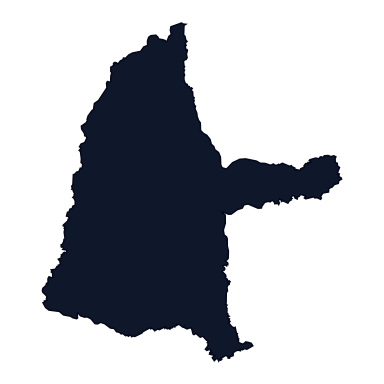 the district of Muembe, Niassa, Mozambique
{"feature_id": "85939544B2234925194697", "entity_name": "Muembe", "entity_type": "district", "adm_level": 2, "iso_a3": "MOZ", "parent_name": "Mozambique", "parent_adm1": "Niassa", "projection": "albers", "projection_center": [35.883, -12.778], "detail": "fine", "context": "isolated", "style": "filled", "palette": "ink", "viewbox_px": 384, "rotation_deg": 0, "n_neighbors": 0, "source": "geoboundaries", "source_scale": "gbopen_adm2", "svg_char_len": 5926}
<svg xmlns="http://www.w3.org/2000/svg" viewBox="0 0 384 384"><path d="M194.0,334.6L195.9,333.4L200.2,337.2L202.9,336.2L206.3,340.0L208.2,341.0L207.3,342.6L208.1,342.9L207.9,345.9L205.4,349.2L206.8,350.4L209.9,349.4L210.8,350.6L210.5,351.6L211.5,352.3L209.8,352.7L209.5,354.1L214.8,355.5L212.3,357.7L214.3,360.7L216.3,358.6L217.7,358.7L218.7,361.0L219.3,359.9L220.7,360.2L221.7,359.4L221.1,358.3L225.4,355.5L227.5,356.1L228.2,358.1L229.6,358.1L230.0,356.6L233.1,355.7L233.2,352.7L235.7,350.9L238.1,350.2L240.3,350.7L240.3,349.4L242.4,349.8L244.5,348.6L246.8,349.2L252.8,345.8L251.2,343.3L247.7,342.2L246.7,342.7L246.0,341.8L243.1,344.2L239.2,342.9L238.2,341.3L238.6,340.2L237.9,339.9L238.6,338.7L237.1,337.3L237.7,336.7L236.9,334.2L237.3,333.6L236.4,333.1L235.1,327.3L234.1,328.0L231.9,326.7L228.8,323.2L230.0,321.4L228.8,320.3L229.5,319.0L227.7,317.8L228.1,316.5L229.0,316.2L227.8,315.4L227.9,314.0L226.8,313.1L227.0,308.3L225.9,306.5L227.0,305.1L225.3,304.2L226.1,303.3L226.3,292.7L227.5,290.9L226.9,287.2L228.2,284.5L229.2,284.4L229.2,282.8L230.1,281.7L229.1,280.8L227.6,281.8L227.3,279.3L225.3,277.9L225.9,276.6L225.5,274.9L222.4,271.7L223.0,270.3L224.1,270.2L224.8,269.1L224.2,267.4L223.1,267.0L223.0,265.5L225.2,265.0L226.5,265.8L226.5,264.7L227.8,264.8L227.8,263.1L225.2,260.7L227.4,259.5L228.2,258.2L228.4,250.9L227.3,246.3L227.2,238.8L226.5,236.8L224.1,235.0L223.3,230.0L225.3,223.2L225.2,215.1L221.9,212.7L222.1,211.7L228.5,214.2L231.2,214.1L237.4,209.6L242.2,208.1L244.0,204.8L248.1,204.0L258.0,208.2L261.4,208.0L261.9,206.2L264.7,202.3L267.9,201.4L270.3,201.8L272.1,200.1L274.6,202.3L274.7,203.7L278.0,203.5L278.7,204.5L279.3,203.0L278.3,200.5L279.7,198.9L280.6,199.9L281.9,199.8L281.6,201.4L282.9,200.8L287.9,203.1L289.3,200.9L291.2,199.9L290.8,199.2L292.0,198.5L290.9,197.6L292.2,195.8L294.4,195.8L295.0,197.9L297.1,199.0L297.6,196.9L299.2,196.3L300.6,194.3L305.0,195.8L305.4,196.6L304.4,197.9L305.7,198.8L313.8,196.8L314.8,197.9L317.2,197.7L320.6,199.3L321.4,198.1L320.6,196.6L322.2,193.9L323.3,192.9L328.5,192.0L328.8,188.4L332.2,187.0L334.3,184.5L338.2,183.4L338.9,180.6L341.6,179.1L341.0,177.7L338.7,176.7L339.0,176.0L337.8,174.6L338.4,174.2L339.0,174.8L339.3,174.0L337.9,173.4L337.6,172.3L339.5,167.5L337.5,165.9L337.2,163.2L335.9,162.9L335.2,161.6L335.1,158.4L335.9,156.9L334.0,155.8L330.8,156.6L328.1,155.5L324.3,155.8L323.1,157.4L320.9,156.8L320.0,157.2L319.4,158.7L315.5,158.1L309.8,159.8L309.3,160.5L310.9,161.6L310.6,162.5L307.9,162.5L307.5,163.9L305.8,163.5L304.1,165.6L304.3,167.2L300.8,168.7L299.9,170.5L296.5,169.6L295.0,170.0L294.9,168.1L291.9,166.7L291.4,165.7L289.6,166.3L282.3,163.3L279.5,164.9L278.4,164.3L277.5,165.2L274.9,165.3L273.4,164.0L270.7,165.3L264.9,163.4L260.3,163.3L256.4,161.1L245.7,158.9L239.8,159.3L232.6,162.7L226.5,169.1L222.0,167.7L220.7,164.8L220.4,157.1L218.5,152.5L214.9,149.8L213.7,146.4L211.3,144.3L210.0,139.4L206.7,135.2L203.5,133.5L200.5,130.4L200.3,122.8L198.5,120.4L197.1,116.4L196.8,113.3L194.9,108.5L195.5,106.2L194.3,105.0L193.5,102.0L194.2,100.7L193.5,99.2L194.2,97.8L192.9,96.6L192.6,91.8L191.6,91.5L191.5,89.4L192.2,88.5L191.5,87.8L189.9,88.4L189.3,86.6L187.1,85.8L187.2,84.4L185.3,83.6L184.0,80.0L183.9,76.6L184.6,75.3L183.7,72.2L184.5,70.0L183.5,69.1L184.6,66.6L183.9,65.4L183.5,61.3L184.6,59.8L186.1,59.5L187.1,57.6L186.4,54.1L187.4,50.4L186.9,49.5L185.6,49.3L185.4,46.9L184.6,46.2L184.8,45.4L186.1,45.4L185.3,43.1L187.0,41.3L185.8,40.3L185.0,36.4L183.6,34.9L184.0,25.4L185.7,24.3L182.9,24.0L181.6,23.0L170.9,26.8L170.4,30.3L171.3,34.5L169.0,36.3L167.1,41.2L165.8,41.5L165.1,40.5L162.8,39.7L158.6,39.0L157.9,37.1L155.8,35.2L150.8,35.7L148.7,37.3L147.5,40.8L147.6,45.5L143.8,46.9L140.6,51.4L132.6,53.0L128.9,54.9L125.4,58.4L123.5,58.0L122.9,59.7L120.4,60.9L118.1,63.9L115.8,62.5L114.2,62.6L113.4,64.0L114.3,65.1L110.8,67.2L110.8,71.5L111.8,72.7L110.9,75.8L110.7,81.2L109.6,82.4L107.8,81.5L107.1,81.9L106.5,83.3L107.0,87.7L98.6,100.5L94.4,103.5L93.5,109.6L92.0,110.6L88.1,116.0L87.1,119.5L87.5,120.4L86.2,122.8L81.4,126.1L81.7,129.1L84.4,133.2L84.8,135.8L86.2,136.2L86.9,138.1L84.7,142.6L81.1,144.0L79.5,146.8L81.3,148.0L79.2,150.4L80.5,151.5L81.4,159.0L81.1,162.6L82.7,163.9L82.4,167.0L81.4,168.6L80.3,168.2L78.8,171.8L77.0,171.9L74.4,174.5L73.4,174.6L72.9,184.8L71.7,186.2L72.3,188.3L71.8,189.2L73.5,190.0L73.3,191.1L74.5,193.4L74.0,196.2L72.9,197.5L73.8,197.9L75.2,200.8L75.3,205.0L72.7,206.3L73.0,207.2L71.6,208.7L69.9,209.2L69.2,211.8L67.5,212.3L66.5,216.1L68.3,216.5L69.8,218.6L68.3,219.0L67.7,221.1L63.2,225.2L63.3,225.9L65.4,226.5L64.2,228.3L64.9,229.0L64.2,232.0L65.1,239.0L64.0,239.4L63.8,241.3L62.4,244.4L61.2,244.7L61.1,246.1L61.4,247.1L62.9,246.8L63.4,248.6L62.8,249.4L66.1,249.9L67.1,251.7L66.2,252.8L64.5,252.3L63.3,253.0L62.5,254.6L61.6,254.7L62.1,255.6L61.3,255.9L61.1,258.1L58.3,259.2L60.0,261.4L60.3,264.8L58.4,265.1L58.3,266.1L56.9,266.6L55.4,269.3L51.3,269.8L51.8,270.5L51.3,272.0L52.6,273.0L52.8,277.2L51.5,277.7L49.0,276.8L48.0,278.6L48.0,283.3L47.0,283.1L46.2,284.1L46.4,285.1L42.9,288.3L42.4,290.5L42.8,292.2L46.5,295.8L46.9,297.7L46.3,298.8L46.9,300.4L45.6,300.8L45.5,301.6L44.5,301.1L44.6,302.0L43.0,302.7L45.6,307.5L49.0,310.1L59.3,311.4L63.5,314.9L70.5,316.2L72.8,317.7L76.6,318.7L77.5,318.1L77.2,313.1L77.9,312.8L80.5,315.8L84.4,317.1L87.4,316.9L91.0,318.8L95.0,323.6L97.5,323.9L100.6,322.3L104.6,323.6L110.4,328.0L114.3,328.5L116.4,331.6L119.7,332.5L121.1,333.9L122.9,333.5L125.5,335.7L127.4,335.2L128.3,336.2L129.1,335.7L129.0,334.7L130.6,335.2L131.7,336.7L133.1,336.0L134.7,336.5L141.7,333.1L143.1,331.5L150.1,327.7L150.7,328.8L151.7,328.2L153.4,329.1L154.7,330.8L157.5,329.0L159.4,329.6L165.2,326.7L165.0,328.1L165.8,327.6L167.2,328.8L168.0,328.2L169.9,329.1L170.3,328.0L171.9,328.0L172.8,326.7L174.9,326.9L175.0,325.8L176.1,325.7L176.7,324.5L177.2,325.1L179.0,324.2L182.9,327.2L184.1,326.3L184.2,327.5L187.0,328.9L190.4,327.7L191.7,328.8L193.1,334.1L194.0,334.6Z" fill="#0f172a" stroke="#020617" stroke-width="1.5"/></svg>